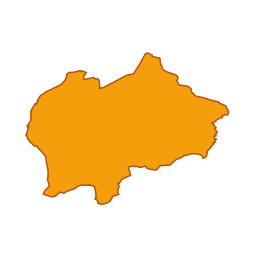 the district of Silmalas pag., Rezeknes, Latvia, rotated 170°
{"feature_id": "27541924B39247356667850", "entity_name": "Silmalas pag.", "entity_type": "district", "adm_level": 2, "iso_a3": "LVA", "parent_name": "Latvia", "parent_adm1": "Rezeknes", "projection": "robinson", "projection_center": [27.034, 56.413], "detail": "fine", "context": "isolated", "style": "filled", "palette": "amber", "viewbox_px": 256, "rotation_deg": 170, "n_neighbors": 0, "source": "geoboundaries", "source_scale": "gbopen_adm2", "svg_char_len": 5435}
<svg xmlns="http://www.w3.org/2000/svg" viewBox="0 0 256 256"><g transform="rotate(170 128 128)"><path d="M222.7,77.5L215.0,73.4L211.1,73.4L211.0,73.9L209.5,74.4L208.5,75.5L205.7,76.6L202.9,75.2L202.5,75.0L202.3,75.0L200.5,75.7L200.5,75.8L199.0,76.1L194.7,77.1L193.3,77.3L191.4,77.4L189.8,78.1L188.7,79.0L186.3,79.6L184.9,79.7L182.8,79.9L182.4,79.5L181.8,79.3L180.6,79.3L180.2,79.2L179.7,78.9L179.3,79.0L179.0,79.1L178.6,78.9L177.8,78.7L177.4,78.7L177.1,78.5L177.0,78.4L176.9,78.4L176.6,78.5L176.5,78.4L176.0,78.3L175.9,78.5L175.7,78.4L175.6,78.5L175.3,78.5L175.1,78.3L175.0,78.2L174.7,78.2L174.3,78.0L174.0,77.6L171.2,76.3L171.2,74.6L171.0,72.3L170.9,72.2L170.8,71.3L171.0,70.7L171.1,68.8L171.3,67.4L171.3,65.6L171.5,65.6L171.6,65.4L172.9,63.8L171.9,63.3L170.8,62.0L170.4,60.1L170.7,58.9L168.8,58.2L167.5,57.6L166.9,57.5L165.9,57.5L164.1,57.6L163.1,57.6L160.1,58.2L158.7,59.1L158.0,59.5L157.9,59.5L155.6,62.4L155.6,63.0L155.2,63.3L154.8,63.5L153.9,63.4L149.1,64.1L148.7,64.2L148.9,65.0L149.1,65.8L149.1,66.8L149.1,67.3L148.1,70.2L146.8,72.2L147.9,74.8L146.2,75.0L143.3,78.4L142.6,78.4L142.6,78.5L142.4,78.6L139.3,79.6L134.9,80.6L134.0,80.7L133.8,80.9L134.0,81.5L134.0,82.5L133.8,83.6L133.8,83.9L134.0,85.6L134.5,88.0L134.4,89.5L133.6,89.6L131.6,89.6L129.5,89.7L128.5,89.3L128.0,88.9L126.5,88.7L122.0,86.9L118.6,87.5L117.9,87.8L116.5,85.6L116.0,85.0L115.5,84.7L114.2,83.8L113.8,83.6L112.1,83.1L108.8,82.1L108.3,81.9L107.7,81.9L107.0,81.9L103.5,85.0L103.0,85.2L99.1,84.9L96.8,84.6L93.1,84.2L90.2,86.1L85.1,89.1L83.3,88.9L77.2,91.0L72.2,91.4L70.3,91.6L68.5,91.4L64.7,90.5L64.0,90.5L64.0,90.4L63.5,90.3L62.7,89.9L61.8,89.3L60.9,88.7L60.4,88.2L60.0,87.7L59.6,87.1L59.5,86.9L59.5,86.7L59.4,86.4L59.5,85.4L59.4,85.2L59.2,85.1L58.9,85.1L58.3,85.3L57.6,85.5L55.9,86.5L55.4,87.0L55.1,87.5L55.1,87.8L54.9,88.9L54.8,89.2L54.4,89.6L54.3,89.9L54.0,90.8L54.0,91.3L53.8,91.6L51.4,93.2L50.8,93.8L50.3,94.3L49.4,94.7L49.3,94.9L49.0,95.7L48.8,95.9L48.2,96.3L47.1,96.7L46.6,97.0L46.5,97.4L46.6,97.6L47.0,97.9L47.0,98.2L46.9,98.4L46.7,98.6L46.4,98.6L45.1,98.6L44.7,98.8L44.6,99.0L44.8,99.3L44.9,99.5L44.9,100.0L44.1,100.9L43.5,101.2L43.2,101.3L42.9,101.5L43.0,101.8L43.6,102.1L44.2,102.2L44.5,102.3L44.6,102.6L44.7,103.1L45.1,104.0L45.1,104.4L44.6,104.9L43.3,104.9L42.9,104.9L42.6,105.1L42.5,105.4L42.9,106.1L43.0,107.0L42.9,107.1L42.4,107.4L41.5,107.4L41.3,107.5L41.1,107.7L41.0,108.8L41.2,109.6L41.6,110.0L42.8,110.9L42.9,111.0L43.0,111.3L42.9,111.8L42.8,112.0L41.3,112.9L41.3,113.0L41.3,113.4L41.4,113.5L42.1,114.1L42.6,114.6L42.8,114.9L42.8,115.1L42.6,116.1L42.6,116.5L42.9,116.9L43.8,117.1L44.1,117.3L44.2,117.6L44.3,118.0L44.3,118.3L44.5,118.6L44.0,118.6L43.1,118.6L42.5,119.0L41.4,119.0L40.4,119.3L40.3,120.2L40.2,120.3L39.6,120.5L38.4,121.0L33.2,122.1L32.7,124.1L32.1,124.1L31.2,123.9L30.3,124.2L27.8,123.6L27.2,123.8L26.1,126.3L26.6,128.2L28.0,132.9L28.1,133.0L30.5,134.6L33.5,136.3L33.6,137.0L34.3,137.9L41.9,141.2L44.9,142.8L47.3,144.2L49.3,145.1L52.0,146.2L55.8,147.7L59.2,152.5L59.1,155.8L61.7,158.6L66.0,160.2L69.5,161.2L70.1,161.3L70.2,161.7L70.9,163.6L71.0,163.8L71.2,164.2L71.7,165.7L71.7,166.1L70.7,167.3L70.4,168.4L70.1,168.7L69.9,169.3L70.4,170.2L71.2,171.4L71.3,171.4L73.5,173.2L75.6,174.1L80.9,177.1L83.5,179.6L83.6,180.2L83.6,180.5L83.7,180.9L83.9,182.2L84.1,183.7L84.6,184.6L84.6,185.3L84.8,186.2L84.5,191.1L85.5,192.0L86.9,191.9L87.7,192.7L88.6,193.0L90.0,193.6L91.2,194.0L91.6,194.4L91.6,195.5L92.7,196.0L94.2,197.6L94.5,197.8L96.3,198.5L96.8,198.4L97.0,198.2L98.1,198.0L99.5,196.1L100.9,194.5L102.3,192.7L103.1,191.8L103.7,190.8L104.8,189.6L105.1,189.0L105.4,188.9L109.3,184.5L111.9,181.8L112.6,180.9L113.0,180.3L120.1,180.2L127.6,177.7L141.8,173.2L142.1,173.1L145.2,172.0L145.5,172.1L149.0,171.9L148.8,172.6L148.3,177.7L148.4,179.7L148.7,181.1L150.8,182.0L152.1,182.1L153.0,183.7L163.3,183.4L163.0,185.1L162.5,187.0L162.1,187.5L161.6,187.6L161.3,187.8L160.6,188.6L160.0,189.1L159.5,189.8L160.1,190.2L160.8,190.8L162.7,191.8L163.2,191.9L163.2,192.1L164.0,192.1L165.1,192.6L165.4,192.7L167.5,192.7L170.7,192.3L171.4,192.3L173.5,192.4L175.4,192.9L175.9,192.9L176.5,192.8L177.6,192.4L178.5,192.0L178.9,191.7L179.4,190.0L180.0,188.7L181.0,187.0L181.5,186.3L182.9,185.0L184.1,184.1L184.9,183.4L185.4,183.1L186.8,182.4L188.1,181.8L188.8,181.6L193.0,180.6L195.6,179.8L196.5,179.4L196.8,179.4L201.3,178.2L201.5,178.2L203.4,177.5L204.2,176.9L205.3,176.5L207.9,175.3L208.7,175.0L209.2,174.5L209.1,174.4L210.4,173.1L210.7,172.6L211.9,171.5L212.0,170.9L212.6,170.3L212.0,169.9L213.4,168.3L213.9,167.5L214.9,168.3L217.5,165.4L219.7,162.9L220.9,160.9L221.0,159.9L221.0,159.4L221.3,158.6L221.4,157.8L221.4,155.9L221.7,155.9L222.0,153.9L221.8,153.9L222.0,153.3L222.6,152.2L222.9,151.8L224.4,150.1L226.1,148.4L226.5,147.8L227.1,147.5L227.0,146.9L225.6,146.3L226.1,146.1L226.5,145.5L226.7,144.9L228.2,141.2L229.1,139.6L229.3,139.3L229.5,139.2L229.9,138.8L229.2,138.2L229.1,137.5L228.8,136.4L228.5,134.8L228.1,133.9L227.3,132.7L227.1,131.5L226.5,131.0L225.4,129.5L224.8,128.5L224.5,128.1L223.8,126.9L222.6,126.4L221.3,126.0L220.6,125.6L220.4,125.2L220.8,125.0L220.6,125.0L220.1,124.4L219.6,123.4L218.7,122.2L218.8,122.1L218.0,121.0L217.5,120.7L217.4,120.6L217.5,120.2L217.4,120.1L216.2,118.1L216.3,118.1L215.4,116.5L214.1,114.7L214.3,108.1L214.2,99.0L215.0,95.3L215.5,93.9L215.4,93.4L215.8,92.0L216.3,91.7L215.7,86.4L215.6,84.5L216.5,83.7L221.2,80.3L222.3,78.4L222.2,77.9L222.7,77.5Z" fill="#f59e0b" stroke="#b45309" stroke-width="1.5"/></g></svg>